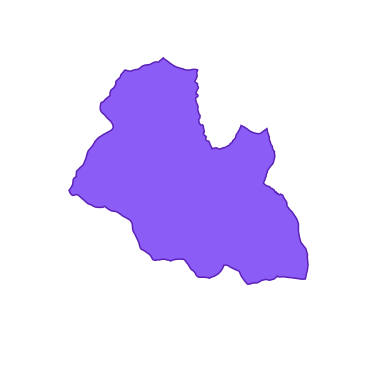 outline of Phobji, Wangdi Phodrang, Bhutan, rotated 143°
{"feature_id": "84629894B82295722957518", "entity_name": "Phobji", "entity_type": "district", "adm_level": 2, "iso_a3": "BTN", "parent_name": "Bhutan", "parent_adm1": "Wangdi Phodrang", "projection": "natural_earth1", "projection_center": [90.223, 27.427], "detail": "fine", "context": "isolated", "style": "filled", "palette": "violet", "viewbox_px": 384, "rotation_deg": 143, "n_neighbors": 0, "source": "geoboundaries", "source_scale": "gbopen_adm2", "svg_char_len": 6108}
<svg xmlns="http://www.w3.org/2000/svg" viewBox="0 0 384 384"><g transform="rotate(143 192 192)"><path d="M289.4,267.2L289.3,266.6L289.6,265.8L290.0,264.2L290.0,263.5L289.7,261.9L289.4,261.2L288.8,260.7L288.2,260.4L287.5,260.2L286.8,259.9L286.1,259.6L285.6,259.1L285.1,258.5L284.7,257.8L284.5,257.1L284.0,254.0L283.1,250.2L282.6,247.1L282.2,245.6L281.9,244.9L281.5,244.2L280.2,242.3L279.3,240.1L278.6,238.8L278.2,238.1L277.7,237.6L276.0,236.0L274.2,234.7L273.1,233.8L272.4,233.4L270.9,233.3L270.3,233.0L270.1,231.8L269.4,229.5L268.9,228.0L267.9,225.9L267.5,225.2L267.0,224.7L265.9,223.6L264.9,222.6L264.0,221.3L263.6,220.6L263.3,219.9L262.2,216.2L261.8,214.7L259.7,210.1L258.6,207.2L258.4,206.4L258.4,205.6L258.7,203.3L258.9,202.6L259.3,201.9L261.8,198.0L262.4,196.6L262.6,195.8L263.0,192.7L264.7,184.3L265.1,182.8L265.9,181.5L266.4,180.0L266.9,178.5L267.0,177.8L266.9,177.0L266.7,176.2L265.3,173.5L265.1,172.7L264.5,170.5L263.7,168.3L263.5,167.5L263.4,165.9L263.5,165.2L263.9,162.1L263.9,161.5L263.2,160.4L262.1,159.2L261.2,159.0L260.5,158.7L259.2,157.5L256.2,156.2L254.3,154.7L252.6,152.5L251.6,151.6L251.1,150.9L250.7,149.8L247.6,149.0L245.1,147.7L243.2,146.5L241.4,145.2L239.7,143.7L239.2,143.1L238.9,142.4L238.8,141.6L238.8,140.8L238.8,138.5L238.7,136.9L238.7,136.2L239.1,133.0L239.2,131.5L239.2,130.7L239.0,129.9L238.3,127.7L238.2,126.9L238.2,126.1L238.7,123.0L238.6,122.3L238.3,120.7L238.0,120.0L236.8,119.0L233.8,116.8L231.6,114.8L230.5,113.7L230.0,112.6L229.4,112.7L228.4,112.4L226.3,111.9L225.2,111.4L221.1,110.9L219.1,111.0L216.5,111.5L213.4,112.7L211.5,113.8L210.8,114.4L208.8,113.2L207.6,111.7L206.4,108.5L203.8,103.5L202.0,100.3L203.2,95.6L203.5,89.6L203.2,85.1L201.2,83.6L198.6,82.9L194.5,80.1L189.5,79.4L185.7,77.8L183.0,74.7L178.6,73.1L174.4,73.5L174.2,72.4L173.2,71.4L169.8,69.1L166.3,65.6L164.4,64.0L163.1,62.6L161.1,60.7L159.0,58.5L156.5,56.1L153.9,54.3L150.5,57.1L149.8,57.9L147.4,59.7L144.7,62.4L143.0,64.2L139.9,69.4L138.7,71.1L137.3,72.7L136.1,75.9L135.2,78.3L135.3,82.6L135.3,86.5L132.8,92.5L130.2,97.2L126.1,102.5L124.7,106.7L124.3,109.8L124.2,113.4L124.0,115.5L124.5,119.3L124.5,124.0L123.0,125.7L122.5,127.3L122.3,128.5L122.3,129.7L122.3,130.2L122.2,130.8L122.4,131.3L121.7,133.5L121.6,135.3L122.2,136.0L122.3,136.6L122.6,137.1L123.7,137.1L124.2,137.3L124.1,138.4L124.4,138.8L124.5,139.4L125.0,139.4L125.3,139.9L124.9,140.3L124.7,140.9L124.9,141.5L125.4,141.4L125.7,141.8L125.4,142.3L125.6,142.9L125.3,143.4L125.2,144.0L125.4,145.1L125.7,145.6L126.0,146.7L126.4,147.1L126.7,147.6L126.7,148.8L126.8,149.4L127.1,149.9L128.4,151.7L128.7,152.2L129.1,153.3L129.6,155.6L129.4,156.1L129.0,156.5L128.0,157.1L126.5,157.8L124.8,159.2L124.3,159.5L123.8,159.7L123.3,160.0L122.9,160.3L122.1,161.2L121.7,161.6L121.3,161.9L120.2,162.2L119.5,163.1L118.1,164.0L117.6,164.1L113.4,165.4L112.3,165.6L111.2,165.7L110.7,165.9L109.2,166.7L108.3,167.3L104.5,170.5L104.1,170.9L103.7,172.0L103.4,172.5L103.0,172.9L102.9,173.5L102.6,173.9L102.1,174.2L101.8,174.7L101.8,175.3L101.9,176.5L101.5,178.2L101.3,178.7L100.6,179.6L100.4,180.2L100.3,180.8L100.4,182.4L100.2,182.9L99.9,183.4L99.6,184.4L99.3,184.9L99.1,185.4L99.1,186.0L99.1,186.6L98.1,188.0L97.9,188.5L97.1,189.4L97.0,190.0L96.7,191.2L96.2,192.2L96.0,192.7L95.8,194.0L94.0,197.5L96.0,197.6L101.4,197.6L102.8,197.9L104.4,199.0L106.9,201.9L109.1,205.7L110.1,209.6L111.0,212.0L112.2,214.5L112.8,215.6L114.3,214.5L115.0,214.3L115.8,213.7L116.5,213.3L117.9,212.8L118.9,212.2L120.1,211.8L120.8,211.6L121.8,211.3L122.8,210.8L124.0,209.6L124.9,209.0L125.4,208.8L128.7,208.4L129.1,208.0L130.1,207.5L130.6,207.4L131.6,207.7L132.2,207.7L132.7,207.4L133.0,206.9L134.1,207.0L135.6,207.3L137.2,207.4L138.3,207.6L138.8,207.7L140.3,208.5L143.4,209.4L143.9,209.7L144.4,210.0L145.2,211.2L145.7,212.2L146.0,212.7L146.5,213.0L148.5,213.9L149.0,214.1L149.6,214.0L150.0,214.3L149.7,214.8L149.4,216.0L149.2,217.7L149.1,218.3L148.1,221.6L148.1,222.2L148.2,222.8L148.6,223.2L149.1,223.5L149.3,224.0L149.4,224.6L149.4,225.1L149.2,226.2L148.9,226.6L147.4,227.4L147.3,227.9L147.4,228.5L147.9,229.5L148.0,230.1L147.9,230.7L147.5,231.8L147.3,232.3L146.8,232.6L146.3,232.4L145.9,232.6L144.9,234.7L144.0,236.8L143.1,238.3L143.1,238.9L143.3,239.5L144.4,239.9L144.7,240.3L144.7,240.9L144.7,242.1L144.5,243.2L144.3,243.7L143.7,244.6L143.2,245.6L142.7,246.0L141.7,246.1L141.2,246.3L140.5,247.2L139.6,247.9L139.5,248.4L139.4,250.2L139.3,250.8L138.7,251.7L138.4,252.9L138.0,253.9L137.7,254.4L136.9,255.3L136.2,256.0L135.7,256.9L135.2,257.9L134.9,259.6L134.8,260.2L133.8,262.9L133.2,264.0L132.4,264.8L131.9,265.0L131.3,264.9L130.3,264.8L129.8,264.9L129.3,265.1L129.0,266.1L129.0,266.7L129.3,267.2L129.8,267.5L129.7,268.1L129.3,268.5L126.5,270.4L125.5,270.8L124.5,271.1L124.1,271.5L123.8,272.0L123.6,273.8L123.2,274.3L122.8,274.6L122.5,275.1L122.5,275.7L123.4,277.8L123.4,278.4L123.0,278.7L120.5,279.9L120.0,280.2L119.7,280.6L118.7,281.0L118.0,281.6L117.7,282.1L117.2,283.1L116.3,284.6L115.9,284.9L115.2,285.2L114.0,286.0L114.3,286.6L114.9,287.3L116.6,288.8L117.6,289.5L118.5,289.9L119.9,290.4L120.6,291.0L122.3,292.1L123.3,293.1L124.0,293.9L124.6,294.8L125.0,295.6L125.4,296.3L126.3,297.1L127.4,298.7L129.3,301.3L130.4,303.5L131.7,307.1L133.1,312.1L134.1,315.0L134.2,316.4L137.4,316.2L138.7,316.2L140.4,315.8L143.0,317.9L145.6,318.7L149.0,319.2L152.9,321.5L155.8,322.5L159.3,322.3L161.4,322.5L163.0,323.5L166.0,324.8L168.2,325.4L169.5,326.5L172.0,329.7L172.6,329.7L176.0,328.9L178.3,328.4L180.4,326.8L184.1,326.5L186.1,326.2L188.2,323.8L191.3,322.4L195.6,322.1L197.9,320.5L199.2,318.5L200.6,318.3L203.8,318.3L206.2,318.0L207.3,317.6L208.5,317.5L210.6,318.1L211.5,317.6L213.3,316.0L215.0,314.1L215.9,312.3L216.1,310.9L216.1,309.2L215.6,307.1L215.3,305.2L215.3,302.9L214.6,298.7L214.3,296.4L214.7,293.9L215.6,291.5L216.9,290.4L218.7,290.0L220.2,290.0L228.0,291.2L232.0,291.5L234.3,291.7L239.1,290.7L241.7,289.5L244.2,288.6L249.9,287.4L252.2,286.1L256.6,282.6L258.9,281.3L261.3,279.8L263.4,279.0L266.2,278.9L268.9,278.4L271.6,278.1L274.3,275.3L274.9,274.0L276.9,274.1L278.8,273.8L280.2,272.6L282.3,270.2L284.9,268.7L289.4,267.2Z" fill="#8b5cf6" stroke="#5b21b6" stroke-width="1.5"/></g></svg>